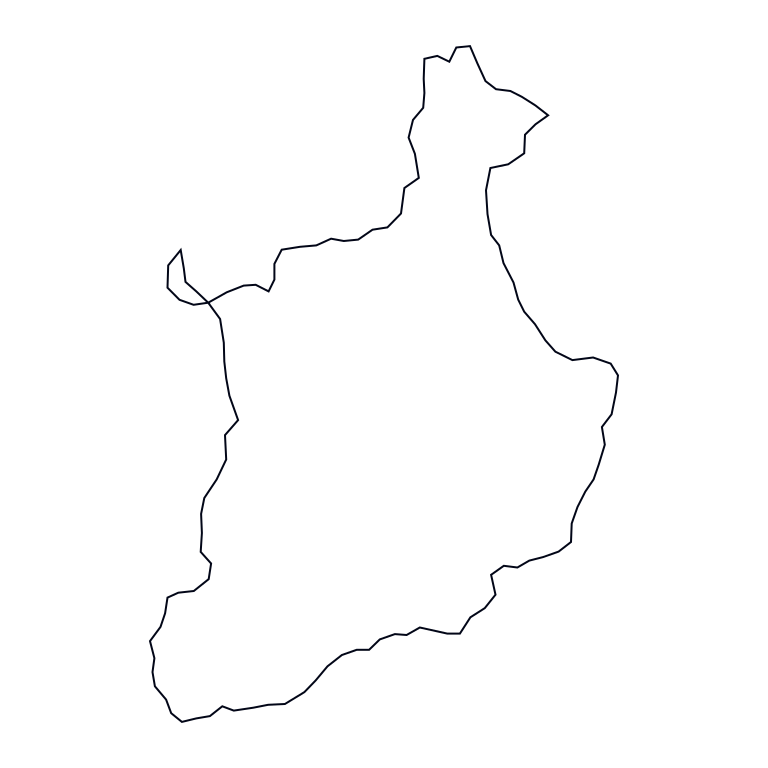 outline of Senador Cortes, Minas Gerais, Brazil
{"feature_id": "56859067B45306296887702", "entity_name": "Senador Cortes", "entity_type": "district", "adm_level": 2, "iso_a3": "BRA", "parent_name": "Brazil", "parent_adm1": "Minas Gerais", "projection": "natural_earth1", "projection_center": [-42.912, -21.761], "detail": "fine", "context": "isolated", "style": "outline", "palette": "ink", "viewbox_px": 768, "rotation_deg": 0, "n_neighbors": 0, "source": "geoboundaries", "source_scale": "gbopen_adm2", "svg_char_len": 1699}
<svg xmlns="http://www.w3.org/2000/svg" viewBox="0 0 768 768"><path d="M424.4,58.8L423.7,78.8L424.4,93.0L423.2,107.8L413.0,119.9L408.6,137.6L414.9,153.8L418.8,177.9L404.4,188.0L401.0,213.5L387.4,227.4L372.5,229.7L358.2,239.6L343.8,241.0L331.1,238.7L316.3,245.4L300.0,246.8L281.7,249.7L274.4,263.9L274.4,279.6L268.6,291.4L255.7,284.8L243.7,285.6L226.7,292.3L208.2,302.7L220.1,319.0L223.8,342.7L224.3,361.5L226.2,378.3L229.4,395.7L238.1,420.1L225.0,435.1L226.2,459.5L216.7,479.4L204.3,498.0L201.1,513.9L201.9,533.0L200.7,551.9L211.1,563.5L208.7,579.1L193.8,591.0L178.3,592.7L167.5,597.6L165.1,613.3L160.5,626.9L150.0,641.1L154.4,658.2L152.5,672.1L154.9,686.3L166.1,699.6L171.2,713.2L181.9,721.9L196.3,718.4L209.9,716.1L222.3,706.3L233.8,710.6L253.3,707.7L268.1,704.8L284.9,704.0L304.4,692.1L315.6,680.5L327.5,666.3L341.9,655.0L356.7,649.8L369.1,649.8L379.8,639.4L394.9,634.1L406.6,635.0L419.8,627.5L447.3,633.6L459.9,633.6L470.4,617.3L484.8,608.1L495.5,594.7L491.1,574.8L503.8,565.8L517.4,567.5L529.3,560.6L543.0,557.1L558.6,551.6L571.0,542.0L571.7,523.5L577.5,507.0L585.3,491.6L593.6,479.4L598.7,464.7L604.8,444.7L601.9,427.0L611.6,414.3L616.0,392.5L618.0,375.4L610.7,363.6L593.1,357.5L572.4,360.1L555.4,351.7L545.4,340.4L535.0,324.2L524.2,311.7L518.2,299.6L513.5,282.5L503.5,263.1L499.2,245.4L491.1,235.0L487.5,214.1L486.0,190.3L490.4,168.0L508.2,164.3L524.2,153.3L525.0,134.7L535.5,124.3L548.1,115.3L535.5,105.5L521.8,96.8L510.4,91.0L496.0,89.2L485.5,81.1L477.3,63.2L470.0,46.1L456.3,47.5L449.3,61.7L437.3,55.9L424.4,58.8ZM208.2,302.7L196.3,291.4L185.5,281.9L183.8,268.3L180.7,250.0L168.2,265.4L167.5,287.7L179.5,299.8L193.6,304.8L208.2,302.7Z" fill="none" stroke="#020617" stroke-width="2"/></svg>